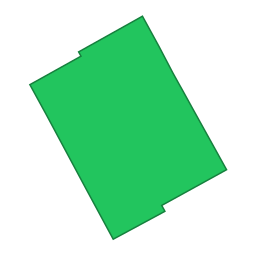 the district of Greene, Missouri, United States of America, rotated 240°
{"feature_id": "52423323B68605261841500", "entity_name": "Greene", "entity_type": "district", "adm_level": 2, "iso_a3": "USA", "parent_name": "United States of America", "parent_adm1": "Missouri", "projection": "orthographic", "projection_center": [-93.327, 37.258], "detail": "fine", "context": "isolated", "style": "filled", "palette": "green", "viewbox_px": 256, "rotation_deg": 240, "n_neighbors": 0, "source": "geoboundaries", "source_scale": "gbopen_adm2", "svg_char_len": 386}
<svg xmlns="http://www.w3.org/2000/svg" viewBox="0 0 256 256"><g transform="rotate(240 128 128)"><path d="M39.1,59.6L37.4,118.3L44.1,118.5L42.6,192.5L89.6,193.3L113.2,193.7L133.9,194.1L142.8,194.2L153.6,194.4L182.9,195.6L217.6,196.4L218.4,137.3L218.6,123.3L213.7,123.2L214.6,64.7L179.7,63.9L157.7,63.2L98.0,61.3L39.1,59.6Z" fill="#22c55e" stroke="#15803d" stroke-width="1.5"/></g></svg>